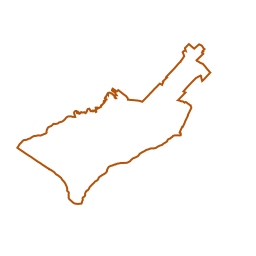 Parava, Bacau, Romania, rotated 330°
{"feature_id": "2599482B9690347747370", "entity_name": "Parava", "entity_type": "district", "adm_level": 2, "iso_a3": "ROU", "parent_name": "Romania", "parent_adm1": "Bacau", "projection": "equal_earth", "projection_center": [26.963, 46.307], "detail": "fine", "context": "isolated", "style": "outline", "palette": "amber", "viewbox_px": 256, "rotation_deg": 330, "n_neighbors": 0, "source": "geoboundaries", "source_scale": "gbopen_adm2", "svg_char_len": 5570}
<svg xmlns="http://www.w3.org/2000/svg" viewBox="0 0 256 256"><g transform="rotate(330 128 128)"><path d="M227.0,121.1L226.7,120.3L226.5,118.7L226.1,116.9L225.4,112.4L224.9,109.9L224.0,108.8L222.8,107.1L222.2,105.7L221.3,104.5L221.2,103.6L230.2,101.4L229.7,99.9L231.4,99.4L231.1,98.7L233.7,97.9L233.3,97.0L233.2,96.0L233.2,94.3L233.0,93.4L231.4,91.1L225.0,92.4L222.7,85.8L217.2,87.3L216.6,89.9L216.4,89.5L214.2,89.3L213.3,89.7L213.2,89.9L213.3,90.2L213.1,91.0L212.6,93.9L208.8,95.8L207.2,96.3L206.8,96.9L206.4,97.1L205.7,97.0L203.4,97.7L197.9,99.6L186.9,102.8L186.4,103.1L186.9,103.8L181.9,105.0L182.1,105.3L179.1,107.7L177.8,105.5L174.8,106.2L174.6,106.4L170.1,107.5L168.7,108.0L165.3,109.0L164.2,109.2L162.4,109.9L153.4,112.4L151.9,110.6L150.4,109.3L145.8,106.0L144.8,105.4L143.3,104.3L142.1,103.5L142.5,102.5L142.6,102.1L142.6,101.6L142.5,101.3L142.4,99.7L142.0,98.9L141.4,97.3L141.0,96.6L140.7,95.8L138.7,90.8L138.5,90.3L136.6,90.8L134.4,86.3L133.5,86.8L133.2,87.2L132.9,87.5L133.1,88.1L134.5,90.9L134.3,92.2L134.5,93.9L134.0,93.6L133.5,93.5L132.7,94.1L132.5,94.4L132.4,94.9L132.5,96.3L132.2,96.2L131.9,95.6L131.8,95.1L131.8,94.6L132.2,93.2L132.2,92.6L131.7,91.8L131.8,91.3L131.3,90.6L131.2,89.8L130.9,89.6L130.6,89.5L130.3,88.8L129.7,88.1L128.8,87.8L128.0,88.4L127.6,89.0L127.6,88.0L126.9,88.3L126.0,89.1L125.5,89.2L124.6,90.1L124.1,89.9L123.7,90.0L123.2,90.4L123.1,90.6L122.6,90.9L122.6,91.1L123.0,91.8L123.7,92.3L123.8,92.5L123.7,92.6L123.0,92.2L122.7,92.1L122.2,92.7L122.2,93.0L121.9,93.3L121.5,93.3L121.5,93.2L120.8,92.6L120.5,92.5L120.4,92.6L120.4,93.0L120.8,93.7L120.6,94.0L119.6,94.3L119.4,94.2L119.3,94.4L118.7,94.5L117.9,94.8L116.9,94.9L116.8,95.1L116.0,95.0L115.7,95.7L115.0,95.9L114.8,96.3L114.4,96.2L112.9,96.1L112.4,96.2L111.9,96.1L111.8,95.9L111.9,95.1L111.5,95.0L111.4,95.3L111.7,95.5L111.6,96.0L110.7,96.0L110.6,95.9L110.6,95.7L110.7,95.4L110.7,95.1L110.8,94.5L110.5,94.2L110.2,94.2L110.2,94.4L110.0,95.6L109.6,95.7L109.4,96.1L109.1,96.2L108.8,97.9L108.7,98.1L108.2,98.1L108.3,96.7L108.2,96.3L108.2,96.2L107.8,96.1L107.6,96.2L107.0,96.0L106.8,95.8L106.7,96.1L106.5,96.3L105.8,95.8L105.6,95.8L105.5,95.6L105.1,95.2L104.1,94.9L104.0,94.7L104.3,94.0L104.3,93.6L104.1,93.2L104.2,92.5L104.1,91.9L102.6,91.5L102.1,91.9L101.5,92.1L101.1,92.7L100.5,93.1L99.8,93.5L99.2,93.5L99.2,93.8L98.6,93.8L98.6,93.5L98.2,93.1L98.2,92.6L96.5,92.0L95.7,91.3L95.5,90.9L95.1,90.8L94.4,91.3L93.8,91.4L93.1,91.4L91.3,89.5L91.6,88.9L93.1,90.3L93.2,90.0L92.9,89.5L92.8,89.0L92.1,88.0L91.9,87.5L91.6,87.3L91.4,87.4L90.7,87.0L89.9,87.1L89.0,87.7L88.8,88.0L88.5,89.4L87.8,92.0L85.5,90.6L84.9,89.8L84.6,89.5L82.1,88.1L80.9,88.0L79.4,88.2L79.0,88.4L77.6,89.0L76.2,89.3L74.4,89.5L73.7,89.4L71.2,88.7L69.8,89.0L69.1,88.9L67.6,88.4L66.9,88.1L65.8,87.3L65.5,87.2L65.1,87.2L64.2,87.6L62.3,87.9L60.6,87.6L59.7,87.5L59.1,87.6L58.4,87.9L56.5,89.3L55.7,90.3L55.4,91.0L55.0,91.4L54.5,91.6L53.8,91.6L52.4,91.3L51.5,91.3L51.1,91.2L50.0,91.0L48.8,90.9L48.3,90.7L46.3,89.3L45.1,89.1L42.3,87.9L39.7,87.9L38.5,88.1L37.9,88.1L36.5,87.6L34.9,87.6L33.7,87.3L32.1,86.5L31.5,86.4L30.4,86.5L28.8,87.1L26.5,87.7L25.7,88.0L23.8,89.1L22.3,89.8L22.6,90.6L24.9,95.4L25.2,95.7L25.5,96.6L27.5,100.7L29.0,103.6L29.5,104.3L30.6,106.9L31.2,108.1L33.4,112.7L34.5,114.6L35.4,116.7L36.8,119.3L36.7,119.5L36.9,119.7L37.3,120.5L37.5,120.7L37.8,121.5L38.0,121.7L38.2,122.4L38.8,123.2L38.9,123.7L39.3,123.9L39.5,124.5L39.3,124.6L40.4,126.0L41.0,127.3L41.0,127.5L41.8,128.8L42.1,129.9L42.5,132.0L43.0,133.0L43.3,133.2L45.1,137.6L45.1,138.0L45.1,138.3L45.1,139.8L45.5,141.3L45.5,141.8L45.8,142.4L45.9,145.3L45.7,146.5L45.7,147.3L45.3,149.5L44.9,150.1L44.8,150.6L44.0,151.8L43.9,152.2L44.3,153.4L44.5,154.1L43.8,155.4L43.4,155.7L43.0,156.4L42.7,157.3L41.8,158.6L41.6,159.1L41.6,160.3L42.4,162.7L43.0,164.7L43.5,165.9L44.0,166.6L44.6,167.2L46.6,168.7L49.9,170.2L50.5,169.8L51.7,168.5L52.8,167.8L53.0,167.5L53.5,166.1L54.4,165.6L55.3,165.6L56.5,165.3L56.8,165.2L57.3,164.7L57.8,163.7L58.2,163.3L58.8,162.7L59.7,162.1L61.1,161.6L61.7,161.9L62.3,161.7L63.4,161.3L65.4,160.0L68.4,159.1L71.0,158.5L72.6,157.9L73.4,157.9L74.7,158.0L76.0,157.7L76.6,157.5L77.4,156.6L78.8,156.1L81.6,155.9L83.8,155.9L85.4,155.9L87.1,155.5L88.2,154.9L88.6,154.2L89.2,153.6L91.4,152.2L92.1,152.1L93.6,152.1L94.3,152.2L94.4,152.3L95.0,152.4L95.2,152.6L96.4,152.7L96.5,152.8L97.1,152.7L98.1,153.0L98.9,153.1L99.0,153.4L100.6,153.5L101.2,153.6L102.2,154.1L104.6,154.8L105.7,155.6L106.5,155.9L106.8,156.2L107.6,156.5L107.8,156.6L109.1,157.3L110.2,157.7L113.1,157.8L115.1,157.1L117.2,156.8L118.9,157.1L120.8,157.3L122.4,157.3L122.9,157.2L124.3,156.7L125.1,156.2L128.3,156.1L130.6,156.3L132.6,156.1L134.9,156.7L136.8,156.9L138.0,157.3L140.2,158.6L142.1,159.2L144.4,159.0L146.8,159.2L149.2,159.7L150.7,159.3L153.1,159.3L154.8,159.2L155.3,159.1L155.9,158.4L156.9,158.0L157.6,157.9L159.4,158.2L160.8,157.8L161.9,157.9L162.7,157.5L163.1,157.4L164.6,157.7L168.1,159.6L169.0,160.3L170.0,160.6L170.6,159.9L171.0,158.9L170.9,158.7L170.4,158.1L170.4,157.8L170.6,157.6L173.9,155.2L174.6,154.8L175.5,154.1L175.9,154.4L177.9,153.1L179.2,152.2L180.7,150.9L186.2,147.2L186.3,146.7L191.5,143.2L192.5,142.6L193.0,142.0L193.2,141.5L193.2,140.8L193.2,140.3L193.5,140.1L194.1,140.4L193.3,139.5L193.0,139.0L192.6,137.9L191.8,136.2L191.6,135.5L191.2,134.7L190.8,134.3L189.7,134.4L188.9,132.5L187.7,131.7L186.8,130.7L186.2,129.7L185.7,129.2L185.6,129.3L185.4,129.1L185.5,129.1L185.5,128.9L195.5,126.0L194.3,124.1L198.8,122.5L206.4,120.2L212.0,118.7L217.1,118.9L217.3,119.4L216.6,121.1L215.7,124.4L217.7,124.0L227.0,121.1Z" fill="none" stroke="#b45309" stroke-width="2"/></g></svg>